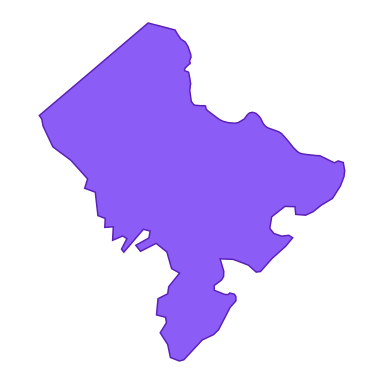 outline of Chatham, Georgia, United States of America
{"feature_id": "52423323B68249799438553", "entity_name": "Chatham", "entity_type": "district", "adm_level": 2, "iso_a3": "USA", "parent_name": "United States of America", "parent_adm1": "Georgia", "projection": "albers", "projection_center": [-81.083, 31.979], "detail": "fine", "context": "isolated", "style": "filled", "palette": "violet", "viewbox_px": 384, "rotation_deg": 0, "n_neighbors": 0, "source": "geoboundaries", "source_scale": "gbopen_adm2", "svg_char_len": 1810}
<svg xmlns="http://www.w3.org/2000/svg" viewBox="0 0 384 384"><path d="M175.1,30.0L148.1,23.0L92.6,70.3L39.3,115.5L41.8,119.2L43.1,126.2L52.9,146.9L70.8,160.2L87.6,178.9L84.7,188.3L95.3,192.2L97.9,215.6L105.2,218.4L104.8,227.4L113.3,226.8L112.6,240.3L122.6,236.0L126.9,238.6L121.5,249.2L123.8,252.2L143.4,229.3L150.2,231.1L148.8,238.0L135.8,245.3L140.5,251.3L156.2,243.4L166.9,252.0L171.6,268.6L179.6,273.1L168.7,286.7L167.7,293.8L158.0,298.7L156.5,314.9L165.6,317.3L166.4,322.8L160.2,332.8L167.7,344.5L170.4,357.5L179.4,361.0L183.8,359.8L202.3,339.9L213.6,334.6L218.6,329.7L230.1,307.4L235.9,300.9L235.9,296.5L234.3,294.2L229.8,293.0L228.1,294.6L224.6,294.4L214.3,290.3L214.1,285.6L221.5,280.0L223.6,276.5L223.8,271.4L220.1,258.8L233.3,259.4L248.3,265.1L256.2,272.1L260.5,271.5L272.2,258.3L285.6,246.3L292.7,237.8L288.9,235.3L281.6,236.1L273.9,233.5L269.8,228.4L271.7,216.8L284.9,206.4L295.0,206.7L295.7,214.4L305.6,215.2L313.1,211.7L321.4,205.1L332.5,198.4L340.4,186.0L344.0,176.6L344.7,170.9L343.3,162.5L338.2,160.9L334.4,162.8L319.8,155.7L315.6,155.5L305.8,154.4L301.9,153.8L299.1,152.8L296.9,151.1L293.1,147.3L287.8,140.6L281.5,133.5L278.8,131.8L268.0,127.9L265.6,126.4L263.1,123.4L260.9,118.8L259.4,116.6L256.4,113.7L255.0,113.0L252.5,112.3L249.6,112.9L247.4,114.7L245.1,117.8L244.3,119.0L238.2,122.6L235.1,123.2L228.4,122.7L222.8,121.2L219.2,119.4L210.0,112.5L207.8,110.8L207.4,110.5L205.9,108.5L205.6,106.0L204.5,105.7L200.6,105.7L194.7,105.2L193.5,104.4L191.3,101.5L189.8,90.6L190.3,85.5L190.7,84.0L189.8,78.2L189.6,77.3L188.7,72.6L188.1,71.9L185.1,70.9L184.5,70.1L184.6,69.3L185.3,67.9L187.3,65.9L189.2,64.1L190.1,63.7L190.2,62.6L189.6,61.6L189.9,59.9L191.0,57.3L190.8,54.7L188.1,46.8L185.2,42.0L181.0,39.2L180.6,38.7L177.0,33.4L175.1,30.0Z" fill="#8b5cf6" stroke="#5b21b6" stroke-width="1.5"/></svg>